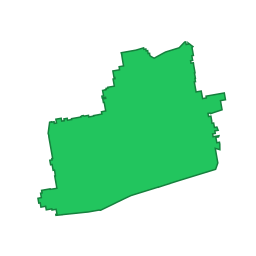 outline of Wickepin, Western Australia, Australia, rotated 80°
{"feature_id": "25037944B57924194295774", "entity_name": "Wickepin", "entity_type": "district", "adm_level": 2, "iso_a3": "AUS", "parent_name": "Australia", "parent_adm1": "Western Australia", "projection": "equal_earth", "projection_center": [117.609, -32.822], "detail": "fine", "context": "isolated", "style": "filled", "palette": "green", "viewbox_px": 256, "rotation_deg": 80, "n_neighbors": 0, "source": "geoboundaries", "source_scale": "gbopen_adm2", "svg_char_len": 3243}
<svg xmlns="http://www.w3.org/2000/svg" viewBox="0 0 256 256"><g transform="rotate(80 128 128)"><path d="M110.2,27.1L110.2,28.4L110.2,29.4L110.2,34.8L110.2,45.6L112.0,45.6L112.0,49.4L104.3,49.5L104.3,54.7L97.6,54.7L94.1,54.7L94.1,53.5L90.9,53.5L90.9,53.0L90.1,53.0L85.3,53.0L85.3,52.4L78.5,52.4L77.1,52.4L76.1,52.3L75.1,52.3L75.1,54.7L72.6,54.7L72.6,52.6L68.0,52.6L67.9,52.5L67.9,51.0L63.7,51.0L59.9,51.0L59.1,49.9L58.2,50.8L57.0,51.9L56.4,52.4L54.6,54.1L55.9,54.1L55.9,56.2L55.7,56.2L54.6,56.2L53.2,56.2L53.2,57.3L57.9,63.7L58.6,69.4L59.3,74.8L59.4,75.7L59.7,77.9L60.6,80.7L61.1,82.2L61.4,83.1L61.5,83.3L63.0,87.8L63.8,90.1L63.7,90.2L63.0,91.2L61.4,93.1L60.5,93.9L60.4,93.9L58.2,93.8L58.2,95.2L55.2,95.2L55.2,96.7L53.3,96.7L53.3,98.7L51.8,98.7L51.9,99.8L52.3,103.1L52.7,106.8L52.7,108.2L52.7,110.8L52.7,121.6L53.9,121.6L54.1,121.4L55.4,121.4L55.6,121.5L60.5,121.6L64.0,121.6L66.1,121.6L66.1,126.1L69.2,126.2L69.2,129.1L69.2,133.0L71.6,133.0L72.4,133.0L74.8,133.0L75.9,133.0L75.9,132.2L77.2,132.2L77.2,134.2L77.3,134.2L81.5,134.2L84.4,134.2L84.4,140.8L85.2,140.8L85.2,142.7L86.3,142.7L86.3,143.7L86.6,143.7L86.6,146.5L88.5,146.5L90.7,146.5L92.1,146.5L92.1,148.2L93.9,148.2L93.9,144.8L95.0,144.8L95.0,147.8L98.6,147.8L98.6,147.0L102.7,147.0L107.3,147.0L107.4,151.3L109.7,151.3L109.8,155.7L109.8,155.8L109.8,159.7L110.3,159.7L110.3,164.7L108.7,164.7L108.7,169.2L108.6,169.3L108.0,169.7L108.0,171.4L108.4,172.1L108.5,172.5L109.0,172.5L109.0,182.0L109.9,182.0L109.9,186.2L108.9,186.2L107.9,186.2L107.9,189.5L109.8,189.5L109.8,190.7L109.7,190.7L109.7,192.1L109.1,192.1L106.8,192.1L106.8,192.8L106.8,194.7L106.8,195.5L106.8,196.4L106.8,197.5L110.7,197.5L110.7,197.8L110.7,199.8L109.0,199.7L109.0,202.2L108.6,202.2L108.7,204.2L110.7,204.8L113.4,205.7L118.5,207.3L119.5,207.6L121.8,207.3L122.1,207.4L123.2,207.5L125.9,207.5L127.3,207.5L128.6,207.5L132.3,207.5L135.0,207.5L135.9,207.5L138.2,207.5L139.3,207.5L141.0,207.5L144.9,207.5L144.9,208.3L146.2,208.3L146.2,210.6L150.8,210.6L150.8,209.1L154.1,209.1L156.7,209.1L156.7,207.7L160.1,207.7L160.2,207.8L162.5,207.8L162.5,208.5L164.6,208.5L168.9,208.5L171.3,208.5L175.0,208.5L175.0,209.3L175.0,210.6L175.0,212.1L174.9,215.3L174.4,215.3L174.4,215.8L174.4,219.6L174.4,221.6L174.4,223.9L177.0,223.9L177.0,225.4L181.5,225.4L181.6,228.9L186.5,228.9L186.5,227.4L190.2,227.5L190.8,227.5L190.8,222.7L194.4,222.7L194.4,217.1L195.6,217.1L195.6,214.5L195.6,212.9L197.9,212.9L200.5,212.9L200.5,214.1L201.5,214.1L202.0,207.8L201.9,207.8L203.0,192.9L203.5,185.5L203.8,181.8L203.8,171.4L203.8,170.7L204.2,169.7L204.2,169.1L203.9,168.2L203.0,165.0L200.6,156.5L199.0,151.1L198.4,148.8L197.0,144.0L195.1,137.0L195.0,136.7L195.0,136.3L194.6,133.4L192.0,112.8L191.4,108.3L191.6,108.3L191.2,105.7L190.6,101.4L190.0,96.6L189.9,96.6L188.6,86.8L186.3,68.3L183.9,48.9L178.0,45.6L172.2,45.6L163.2,45.6L165.3,41.3L159.8,40.4L157.9,40.4L157.9,43.1L152.4,43.1L152.5,40.4L151.4,39.8L151.4,45.7L148.5,45.7L148.5,43.0L145.9,43.0L145.9,39.6L145.1,39.8L142.5,40.3L142.5,42.8L138.0,42.8L138.0,44.4L135.5,44.4L135.4,44.3L130.7,44.3L130.7,46.7L127.5,46.7L127.5,44.6L128.2,44.2L128.1,43.2L127.8,41.7L126.6,33.5L126.4,32.2L121.8,32.2L117.1,32.2L117.1,27.1L113.6,27.1L110.2,27.1Z" fill="#22c55e" stroke="#15803d" stroke-width="1.5"/></g></svg>